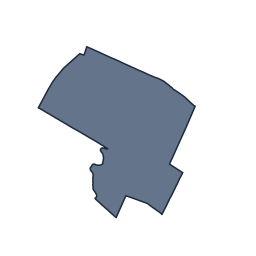 Seaca, Olt, Romania (orthographic projection), rotated 235°
{"feature_id": "2599482B6293048633875", "entity_name": "Seaca", "entity_type": "district", "adm_level": 2, "iso_a3": "ROU", "parent_name": "Romania", "parent_adm1": "Olt", "projection": "orthographic", "projection_center": [24.742, 44.162], "detail": "fine", "context": "isolated", "style": "filled", "palette": "slate", "viewbox_px": 256, "rotation_deg": 235, "n_neighbors": 0, "source": "geoboundaries", "source_scale": "gbopen_adm2", "svg_char_len": 5016}
<svg xmlns="http://www.w3.org/2000/svg" viewBox="0 0 256 256"><g transform="rotate(235 128 128)"><path d="M218.2,140.8L214.0,135.3L213.1,133.7L213.9,133.1L216.5,131.1L214.9,117.1L214.5,114.4L214.0,109.7L211.5,100.5L211.0,98.3L210.6,97.2L208.9,92.5L206.9,88.1L205.1,84.1L202.0,78.0L198.5,71.1L196.8,67.7L196.3,66.8L196.0,66.1L195.6,66.2L195.4,66.4L195.2,66.6L194.9,66.8L194.7,66.9L194.4,67.0L194.2,67.1L193.4,67.5L188.0,69.9L187.3,70.2L186.4,70.6L185.7,70.9L185.1,71.3L184.3,71.6L183.8,71.8L183.2,72.1L182.6,72.4L181.8,72.7L181.3,73.0L180.7,73.2L180.2,73.5L179.4,73.8L179.2,73.9L178.7,74.1L178.2,74.3L177.7,74.5L177.1,74.8L176.7,75.0L176.2,75.3L175.5,75.6L174.7,76.0L173.8,76.3L173.2,76.7L172.6,76.9L171.9,77.2L171.2,77.5L170.3,78.0L169.6,78.3L168.8,78.6L168.0,79.0L167.3,79.3L166.6,79.7L165.9,80.0L165.1,80.3L164.4,80.6L163.7,80.9L163.2,81.2L162.5,81.4L161.9,81.7L161.0,82.2L160.2,82.5L159.3,82.9L158.4,83.4L157.3,83.9L156.8,84.2L156.1,84.5L155.6,84.8L154.4,85.3L154.0,85.5L153.4,85.8L152.6,86.2L151.3,86.8L150.8,87.0L150.0,87.3L149.2,87.7L148.3,88.1L147.6,88.5L147.1,88.7L146.2,89.1L145.7,89.3L145.0,89.6L144.3,90.0L143.5,90.3L142.9,90.6L142.1,90.9L141.4,91.3L141.1,91.5L139.4,92.2L137.7,93.0L136.0,93.8L134.8,94.3L134.1,94.6L132.9,95.2L131.5,95.7L129.8,96.4L128.0,97.3L127.1,97.7L126.2,98.0L125.7,98.2L125.1,98.4L124.3,98.8L123.6,99.1L123.1,99.3L122.8,99.4L122.7,99.2L123.0,98.6L123.7,97.9L124.4,97.3L125.1,96.9L125.7,96.3L126.2,95.8L126.5,95.4L126.6,95.0L126.7,94.7L126.6,94.2L126.4,93.5L126.1,93.1L125.9,92.8L125.6,92.6L124.9,92.5L124.2,92.4L123.4,92.4L122.7,92.5L122.2,92.5L121.2,92.4L120.6,92.3L119.9,92.0L118.7,91.4L117.8,90.9L117.1,90.5L116.7,90.1L116.3,89.6L115.9,89.2L115.3,88.8L115.0,88.5L114.7,88.2L114.5,87.7L114.3,87.5L114.0,87.4L113.6,87.2L113.4,87.0L113.3,86.8L113.2,86.5L113.2,86.2L113.2,85.7L113.2,85.3L113.2,84.8L113.4,84.4L113.5,84.1L113.9,83.5L114.1,83.0L114.4,82.5L114.6,82.2L115.2,81.6L115.9,80.9L116.7,80.4L117.4,80.0L117.8,79.7L118.0,79.4L118.2,79.0L118.4,78.5L118.4,78.1L118.3,77.8L118.2,77.4L118.0,77.0L117.8,76.7L117.5,76.1L117.4,75.8L117.4,75.4L117.3,75.0L117.2,74.6L117.0,74.3L116.9,74.1L116.3,73.7L115.8,73.5L115.4,73.3L115.0,73.1L114.7,73.1L114.3,73.1L113.7,73.1L113.4,73.2L112.8,73.3L112.2,73.3L111.7,73.3L111.0,73.2L110.6,73.0L110.2,72.9L110.0,72.7L109.8,72.6L109.6,72.5L109.5,72.4L109.3,72.3L109.0,72.1L108.7,71.9L108.5,71.7L108.3,71.5L108.1,71.3L107.9,71.1L107.6,70.8L107.5,70.7L107.4,70.7L107.2,70.6L107.1,70.4L106.8,70.3L106.7,70.2L106.0,69.8L105.7,69.5L105.4,69.3L105.1,69.1L104.9,68.9L104.5,68.6L104.2,68.4L103.8,68.2L103.5,68.1L103.2,68.0L102.9,67.8L102.7,67.7L102.5,67.3L102.3,67.2L102.2,67.1L102.1,66.9L101.8,66.7L101.7,66.6L101.3,66.3L101.1,66.2L100.8,66.1L100.5,66.0L100.3,65.9L100.1,65.9L99.8,65.7L99.7,65.7L99.4,65.5L99.2,65.3L99.1,65.1L99.0,64.9L98.9,64.8L98.6,64.8L98.4,64.7L98.1,64.5L97.7,64.4L97.2,64.3L96.8,64.3L96.7,64.2L96.2,64.2L95.9,64.2L95.2,64.3L94.8,64.3L94.3,64.3L94.0,64.3L93.8,64.3L93.6,64.3L93.2,64.2L92.8,64.1L92.4,64.0L92.2,64.0L91.9,64.1L91.7,64.1L91.3,64.0L91.1,63.9L90.9,63.8L90.8,63.7L90.5,63.4L90.3,63.2L90.1,63.0L89.9,62.9L89.8,62.7L89.7,62.6L89.5,62.3L89.4,62.1L89.3,61.8L89.3,61.7L89.3,61.4L89.3,61.0L89.3,60.7L88.2,60.7L86.4,61.1L84.4,61.5L83.7,61.7L81.9,62.1L79.4,62.6L78.3,62.9L77.3,63.2L75.2,63.6L73.5,64.1L72.2,64.4L70.8,64.7L69.3,65.0L67.7,65.4L65.6,65.9L64.4,66.1L64.2,66.2L63.7,66.3L62.7,66.6L62.2,66.7L61.9,66.8L61.5,66.9L61.5,67.0L61.6,67.3L61.9,67.7L67.4,76.9L73.7,87.4L68.3,91.3L62.8,95.2L62.4,95.4L56.1,99.9L55.9,100.0L55.3,100.4L54.9,100.6L52.3,101.5L50.8,102.0L48.9,102.6L43.4,104.6L41.1,105.4L40.7,105.6L39.4,105.9L38.9,106.1L38.3,106.3L37.9,106.1L37.8,106.3L38.6,107.9L38.8,108.2L39.2,109.0L39.7,110.0L40.3,111.0L40.7,111.8L41.2,112.7L41.5,113.4L42.2,114.6L42.7,115.6L43.2,116.4L43.6,117.1L43.8,117.5L44.3,118.3L44.7,119.1L44.8,119.0L45.5,120.5L46.0,121.4L46.3,121.9L46.7,122.7L47.1,123.5L47.3,124.1L47.7,124.8L48.2,125.7L48.6,126.5L49.1,127.3L49.6,128.3L50.1,129.2L50.9,130.6L51.3,131.4L51.7,132.0L52.2,132.8L52.6,133.6L53.1,134.5L53.5,135.3L54.2,136.7L55.1,138.1L55.8,139.3L56.3,140.2L56.8,141.1L57.4,142.2L57.6,142.6L58.0,143.5L59.2,145.8L59.4,146.0L59.5,146.3L59.7,146.5L60.0,147.2L69.9,143.2L74.6,141.3L93.4,172.9L95.9,177.1L107.3,195.5L108.5,194.9L109.8,194.6L114.0,193.6L115.5,193.3L117.4,192.9L120.4,192.3L121.1,192.1L122.4,191.7L123.9,191.2L125.0,190.8L126.4,190.3L127.2,190.0L127.7,189.8L131.4,188.4L132.5,188.0L132.8,187.8L133.0,187.6L133.3,187.3L133.6,187.3L133.9,187.3L134.8,187.3L135.5,187.2L138.4,186.3L139.7,186.0L142.3,185.2L143.6,184.8L144.6,184.5L145.5,184.3L145.9,184.0L149.2,182.4L151.1,181.3L155.0,178.5L155.9,178.0L156.5,177.6L157.7,176.9L159.1,175.9L160.0,175.4L161.1,174.7L162.8,173.8L164.7,172.7L166.5,171.6L167.0,171.3L170.0,169.4L170.5,169.1L172.5,168.0L175.1,166.4L177.7,164.9L180.6,163.2L183.7,161.3L187.2,159.4L189.7,157.9L192.8,156.0L196.0,154.0L200.6,151.3L204.9,148.8L207.3,147.4L211.3,145.0L214.6,143.1L216.3,142.0L218.2,140.8Z" fill="#64748b" stroke="#1e293b" stroke-width="1.5"/></g></svg>